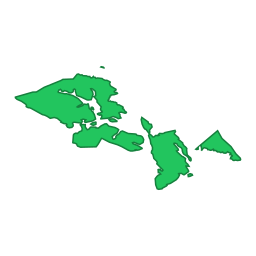 Hoonah-Angoon, Alaska, United States of America (Equal Earth projection)
{"feature_id": "52423323B82121365400499", "entity_name": "Hoonah-Angoon", "entity_type": "district", "adm_level": 2, "iso_a3": "USA", "parent_name": "United States of America", "parent_adm1": "Alaska", "projection": "equal_earth", "projection_center": [-135.122, 58.217], "detail": "fine", "context": "isolated", "style": "filled", "palette": "green", "viewbox_px": 256, "rotation_deg": 0, "n_neighbors": 0, "source": "geoboundaries", "source_scale": "gbopen_adm2", "svg_char_len": 5870}
<svg xmlns="http://www.w3.org/2000/svg" viewBox="0 0 256 256"><path d="M77.1,74.3L73.2,79.0L62.8,79.4L61.2,80.4L44.2,87.3L36.4,92.0L32.8,92.1L15.4,97.1L15.4,97.8L17.0,99.3L21.5,101.3L26.0,104.4L26.4,105.3L26.2,106.6L26.6,106.9L28.2,107.7L29.3,107.7L31.0,108.3L42.4,114.6L44.8,115.2L47.3,116.4L50.2,118.3L54.2,117.5L57.2,118.3L61.3,121.6L60.9,122.2L64.0,123.6L66.3,123.8L66.9,124.4L66.3,125.3L67.5,127.2L69.3,127.8L71.9,127.4L73.2,125.9L73.1,124.7L72.5,123.2L73.1,122.5L74.2,122.2L81.4,123.1L82.2,121.6L82.1,120.8L81.2,119.9L83.1,119.1L85.8,119.8L84.7,120.9L84.4,121.6L84.8,122.1L85.6,122.4L92.7,120.9L95.6,119.0L94.3,114.4L93.2,112.8L93.2,112.1L91.8,111.2L91.3,110.0L89.3,108.6L88.3,104.0L87.8,103.9L87.1,104.5L84.1,104.1L83.5,104.5L83.0,105.4L81.3,106.2L78.0,107.3L77.1,106.9L78.4,105.8L81.7,104.3L82.5,103.4L82.4,103.0L78.0,98.5L72.9,95.6L66.1,93.6L65.1,93.9L58.3,92.4L58.1,91.6L58.9,90.5L58.8,90.1L60.5,89.3L61.4,90.3L61.3,90.8L62.1,91.4L63.7,91.3L64.5,90.6L67.0,91.3L69.0,92.7L70.9,92.9L72.8,92.0L73.3,91.0L73.4,89.5L74.6,89.0L75.4,89.7L75.3,91.0L76.7,95.5L80.8,96.9L87.1,99.9L88.5,100.0L91.2,99.7L93.1,94.3L92.4,91.2L91.3,90.1L90.7,88.7L91.5,88.6L92.6,89.0L95.1,91.0L95.5,91.8L95.7,95.7L93.8,96.7L95.6,98.5L97.1,100.4L97.0,102.0L101.2,106.8L100.5,109.1L101.1,110.7L101.9,111.1L102.0,112.1L99.8,113.1L98.8,113.1L97.5,113.8L97.6,114.3L98.0,114.6L100.0,115.3L101.0,114.7L101.8,115.4L101.8,117.1L100.8,118.5L100.9,118.9L109.0,118.1L113.1,116.5L116.3,117.5L118.2,118.7L120.1,118.2L121.0,117.9L120.0,116.2L119.9,114.4L119.0,113.5L118.9,112.8L119.9,112.3L121.6,112.2L124.9,113.2L125.9,113.1L126.4,112.5L125.9,111.7L124.7,111.1L123.8,109.2L122.6,108.7L122.6,108.0L123.1,107.6L122.8,106.8L119.1,104.9L117.5,104.8L117.0,104.3L116.7,102.9L115.0,102.1L113.9,102.2L113.0,101.6L111.2,101.7L110.5,101.0L109.0,101.3L108.3,101.1L108.0,100.2L109.0,99.2L109.0,98.2L109.8,97.5L109.9,96.2L110.9,95.7L111.1,95.0L114.1,94.7L117.0,93.8L117.5,93.3L116.7,92.5L115.1,92.5L114.3,92.0L114.2,91.3L116.0,90.0L116.0,89.3L110.5,86.0L109.5,83.7L110.2,82.2L110.0,81.8L106.9,80.3L104.9,80.3L102.7,79.1L102.1,78.5L97.5,78.0L95.8,78.4L95.1,77.3L94.0,77.3L93.5,77.0L93.3,76.5L92.2,77.7L91.0,77.9L89.9,76.9L89.8,76.5L87.6,76.5L86.7,75.9L83.0,75.7L82.0,74.8L80.6,75.1L78.4,74.0L77.1,74.3ZM152.1,127.0L151.4,124.4L149.3,124.0L148.3,123.0L148.2,122.0L141.8,117.4L141.2,119.6L142.1,124.0L143.6,127.4L144.8,129.0L146.0,129.4L149.1,133.5L149.2,134.3L148.6,135.5L149.5,138.3L150.2,139.5L150.8,143.8L151.6,144.9L152.5,147.4L152.4,149.9L151.6,151.1L151.4,152.9L152.8,154.2L153.9,158.5L156.6,161.1L157.3,162.7L156.8,163.8L163.0,170.1L162.4,171.0L162.0,171.1L160.2,170.2L160.3,169.4L159.1,169.3L158.1,169.6L158.3,172.7L159.6,172.9L160.7,174.1L158.4,175.1L157.0,176.3L155.2,178.7L155.7,184.8L157.2,188.8L158.7,189.3L161.6,188.9L162.2,188.7L162.3,188.2L166.4,186.0L167.1,185.3L166.7,184.5L170.4,183.4L176.3,179.7L178.2,177.5L179.5,175.0L178.6,173.7L178.9,173.5L181.4,173.4L183.6,174.7L184.3,174.7L188.6,171.6L188.5,170.6L186.1,166.7L186.0,166.0L189.0,166.3L187.7,164.2L186.2,162.9L185.2,161.2L185.5,158.5L183.0,156.7L181.9,156.3L177.3,152.0L176.5,150.9L178.4,150.1L178.2,149.1L173.8,143.9L174.0,143.3L175.1,143.2L177.0,143.9L177.5,145.2L178.5,146.2L181.4,147.9L182.2,149.4L182.3,151.0L183.0,153.0L184.0,154.3L186.6,155.9L188.7,158.0L188.8,159.0L189.6,160.4L190.6,160.9L190.9,160.7L191.1,160.1L191.0,158.7L190.4,157.5L189.7,157.2L187.2,154.8L186.6,149.9L186.8,148.5L185.5,146.9L184.2,146.0L182.8,143.9L182.7,142.9L178.3,139.3L178.9,138.7L178.4,137.5L174.5,134.2L174.4,133.0L175.5,131.7L175.0,130.4L164.8,132.6L164.3,133.1L162.5,133.6L159.6,133.4L158.4,134.5L159.1,135.2L158.0,135.7L155.8,135.4L153.8,137.0L152.8,136.9L151.6,135.5L149.1,133.5L149.8,132.2L149.6,129.9L152.1,127.0ZM135.3,150.5L135.0,150.0L136.2,149.6L137.0,150.2L139.0,149.9L142.1,148.6L141.9,148.0L137.2,145.3L133.7,144.1L132.9,143.6L132.5,142.7L134.0,142.3L139.7,144.5L143.1,142.5L143.7,139.6L142.7,137.4L142.0,136.6L140.9,135.9L136.9,135.3L136.3,134.3L135.3,134.0L128.2,133.5L122.4,131.0L120.7,131.6L118.8,134.1L116.7,135.4L115.9,136.3L115.9,137.7L115.1,138.6L113.4,139.3L112.7,138.8L112.2,136.6L114.9,134.3L116.9,133.3L118.7,129.8L117.7,128.9L114.9,127.5L108.7,126.1L106.6,123.8L104.9,123.9L101.0,125.9L98.4,128.1L96.0,127.9L95.8,127.2L91.5,127.0L90.5,127.2L88.8,129.2L87.2,129.7L85.3,127.0L85.3,124.6L80.4,124.5L80.2,124.8L81.5,126.6L82.2,128.6L81.8,130.8L79.4,131.7L77.3,133.5L76.0,133.1L74.4,133.7L73.6,134.5L73.4,135.2L72.8,142.7L73.4,143.0L74.4,143.0L76.6,143.9L77.0,145.1L77.6,146.1L80.5,147.2L96.2,146.8L98.1,144.2L101.5,138.4L102.5,138.6L109.4,142.2L117.4,144.7L121.7,146.6L128.2,150.2L130.6,151.0L132.4,151.0L135.3,150.5ZM240.6,159.6L240.3,158.2L235.9,153.8L231.0,146.6L222.0,138.5L217.6,130.7L199.8,145.7L201.1,145.8L201.7,149.4L201.5,150.0L201.8,150.2L203.3,148.2L204.5,147.7L207.3,148.6L207.8,149.7L208.5,149.6L210.4,150.3L211.7,150.1L213.3,149.1L213.7,149.4L213.4,150.2L213.6,150.6L215.9,150.5L216.4,151.2L217.3,151.4L217.4,151.9L219.6,151.9L220.3,152.5L220.9,152.6L222.7,152.0L223.3,152.9L225.2,153.2L226.6,152.8L227.5,151.7L228.8,152.5L230.7,153.0L230.8,153.6L230.3,153.8L229.9,154.7L231.0,154.8L232.3,155.7L232.0,156.4L230.7,157.2L230.8,157.7L230.4,158.7L231.8,159.0L233.1,160.3L234.0,160.5L235.4,160.1L237.5,160.5L240.3,160.1L240.6,159.6ZM109.0,119.7L110.3,121.2L112.3,121.8L116.8,121.5L117.0,121.1L114.3,119.2L113.1,118.9L111.5,118.9L109.0,119.7ZM92.3,122.9L90.7,124.1L92.1,125.0L93.4,125.3L95.9,124.4L96.0,122.5L95.8,122.1L95.4,122.1L92.3,122.9ZM188.0,174.8L188.3,176.6L189.8,176.4L192.5,175.2L192.1,174.3L190.3,173.7L189.2,174.0L188.0,174.8ZM91.0,107.9L93.4,109.8L93.7,109.5L93.2,107.9L92.3,107.2L91.3,107.3L91.0,107.9ZM195.8,149.2L196.5,149.5L198.1,149.3L198.3,148.9L198.0,148.3L198.3,147.0L195.8,149.2ZM100.9,67.0L103.9,67.9L103.9,67.6L103.2,67.1L101.2,66.7L100.9,67.0Z" fill="#22c55e" stroke="#15803d" stroke-width="1.5"/></svg>